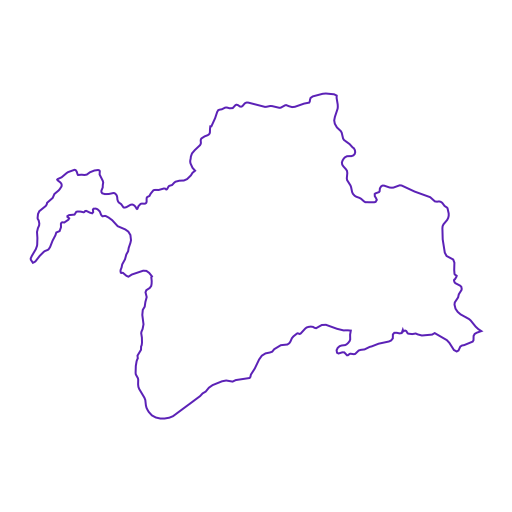 the Region of Gorno-Badakhshan
{"feature_id": "TJK-366", "entity_name": "Gorno-Badakhshan", "entity_type": "Region", "adm_level": 1, "iso_a3": "TJK", "parent_name": "Tajikistan", "parent_adm1": "", "projection": "albers", "projection_center": [72.466, 38.073], "detail": "fine", "context": "isolated", "style": "outline", "palette": "violet", "viewbox_px": 512, "rotation_deg": 0, "n_neighbors": 0, "source": "natural_earth", "source_scale": "10m", "svg_char_len": 6031}
<svg xmlns="http://www.w3.org/2000/svg" viewBox="0 0 512 512"><path d="M325.8,93.5L334.1,94.3L336.7,95.6L336.6,97.9L337.7,104.5L337.8,106.9L337.6,108.7L334.9,116.9L334.2,120.4L334.8,123.7L336.9,127.4L340.8,131.1L341.7,132.7L343.1,138.6L344.1,140.1L349.6,144.1L352.6,147.4L353.9,148.3L354.9,150.2L355.2,152.2L354.7,154.0L353.4,155.4L351.5,156.1L347.1,156.2L345.1,157.2L343.8,158.5L342.6,160.4L341.9,162.5L342.2,164.6L343.3,166.3L346.0,169.3L347.0,170.9L347.3,173.1L346.8,178.3L347.1,180.1L350.5,185.5L351.1,187.2L352.1,192.0L352.9,193.8L354.6,195.7L356.2,196.7L359.5,197.9L361.1,198.8L363.9,201.3L365.3,202.2L374.1,202.3L375.6,201.9L376.8,199.9L376.0,198.1L374.8,196.2L374.7,194.0L375.4,193.4L379.0,192.1L379.6,191.3L379.9,188.4L381.1,186.4L382.4,185.6L384.0,185.6L389.6,187.5L391.4,187.7L393.4,187.6L399.7,185.3L401.6,185.5L414.7,191.6L430.2,197.2L434.9,201.4L437.0,201.7L439.0,201.4L440.7,201.8L442.2,202.8L444.6,206.0L446.9,207.5L447.5,208.2L448.7,213.5L448.7,215.8L448.2,217.9L447.2,219.9L443.5,224.3L442.6,226.2L442.4,228.3L442.7,239.4L444.8,252.7L446.6,256.0L453.2,259.5L454.4,262.7L454.2,270.0L454.5,273.9L454.8,274.5L456.7,275.8L456.5,276.6L455.0,279.2L454.3,279.6L454.0,280.2L454.3,281.7L454.8,282.6L455.4,283.2L460.2,285.7L461.3,286.8L461.7,288.9L461.5,290.0L458.8,294.3L458.1,297.4L454.8,302.4L454.5,304.6L455.5,308.7L457.7,311.9L460.6,314.4L469.1,319.1L470.7,320.5L475.6,326.6L478.3,329.1L481.3,331.1L476.8,332.7L474.7,333.9L473.6,335.9L473.5,340.2L472.7,341.6L464.2,345.1L462.0,345.5L460.3,346.6L458.5,350.5L456.7,351.5L453.9,350.0L449.4,342.9L446.8,340.1L434.7,333.1L432.1,334.6L421.9,335.5L417.7,334.4L415.7,333.5L412.3,334.1L408.6,333.7L407.7,333.4L406.3,331.1L405.4,330.6L404.3,330.7L403.3,331.4L402.8,329.9L401.7,333.1L399.5,333.4L396.8,332.8L394.3,332.8L392.9,334.4L392.8,338.4L391.1,340.5L388.9,341.5L378.6,343.7L371.7,346.4L369.7,346.9L364.6,349.4L360.6,349.9L358.7,350.5L355.2,353.9L353.9,354.2L350.4,353.7L349.5,354.0L348.0,355.2L347.0,355.3L344.3,352.4L342.4,352.3L338.5,353.5L337.0,352.7L336.6,350.2L337.7,347.9L339.6,346.2L341.6,345.5L345.1,345.1L346.5,344.4L348.1,343.0L349.6,341.1L350.2,339.4L350.1,334.6L350.8,330.6L347.5,330.3L343.5,330.4L337.0,328.8L325.9,324.8L321.8,325.0L316.1,328.2L314.5,327.8L313.0,326.9L310.8,326.6L308.5,326.9L306.6,327.5L305.2,328.6L300.7,333.5L299.7,334.0L297.7,333.3L296.9,333.6L293.4,336.4L291.9,338.2L290.4,341.6L289.3,343.2L287.4,344.5L280.8,345.2L274.2,349.2L272.2,351.7L269.9,352.5L265.5,353.4L261.8,355.7L259.1,359.5L254.8,368.5L250.9,374.6L250.4,376.9L249.6,378.0L235.7,380.1L232.6,381.6L226.2,380.5L222.0,381.3L212.6,385.1L208.9,387.7L205.7,391.6L202.6,393.4L200.1,396.1L173.0,416.2L169.3,417.7L164.7,418.5L160.2,418.5L155.8,417.5L151.9,415.4L148.8,412.0L147.6,410.0L146.5,407.8L145.9,405.4L145.3,400.0L144.4,397.7L139.2,389.0L138.4,386.9L138.1,384.4L138.2,379.6L137.9,378.2L135.8,374.4L135.6,373.0L135.8,366.0L136.6,361.2L137.2,359.5L137.8,358.4L137.5,355.6L141.0,349.8L141.1,346.5L141.7,345.1L142.0,342.6L141.9,337.7L141.2,333.2L141.5,331.6L142.6,329.0L143.5,324.3L142.3,314.9L142.8,309.8L144.7,306.7L145.4,301.9L146.7,297.1L145.5,292.3L146.3,290.2L149.7,288.0L151.2,286.0L151.6,283.9L151.7,281.1L151.3,277.2L152.0,276.4L149.2,272.9L146.4,270.9L143.2,270.7L131.9,274.5L128.4,276.7L126.4,275.8L123.0,272.9L122.0,272.8L121.3,273.0L120.8,272.7L120.5,271.2L120.6,270.0L121.6,267.4L122.2,264.4L125.0,259.3L126.3,254.5L128.1,251.3L128.7,247.9L130.4,242.9L131.0,240.2L130.4,235.0L128.3,231.6L125.2,229.4L117.7,226.2L112.2,220.2L108.7,217.6L106.1,216.2L105.0,215.9L102.5,216.3L101.6,215.5L101.0,214.6L99.8,211.5L97.9,209.6L96.9,209.0L95.7,208.6L93.6,208.7L92.9,209.5L93.2,212.1L92.2,213.3L90.0,212.7L86.3,210.9L85.2,211.0L84.4,212.0L83.7,212.3L80.6,211.6L77.7,211.5L76.3,211.8L74.5,214.6L69.1,215.1L67.4,216.1L67.4,216.9L69.2,218.3L68.4,219.7L64.3,222.5L62.2,222.3L61.4,222.8L60.9,223.8L61.0,227.2L59.6,231.1L56.3,232.5L55.4,235.3L52.6,240.6L50.1,247.0L48.9,248.9L48.0,249.8L44.8,251.1L43.8,251.8L39.7,255.9L35.5,261.3L34.7,261.9L32.9,262.8L30.8,259.7L30.7,258.4L31.8,256.0L35.8,249.2L37.0,245.9L37.2,244.5L37.4,238.0L37.0,232.0L37.9,228.2L39.1,225.5L39.3,223.5L38.7,220.5L37.7,218.8L37.6,217.9L38.0,214.0L39.3,211.2L45.7,206.0L46.7,204.5L47.1,202.8L52.7,197.9L54.4,194.0L58.7,190.4L59.7,189.2L61.5,186.5L61.7,185.0L61.3,183.6L60.3,182.4L57.6,180.3L57.2,179.6L57.6,179.1L61.6,177.3L66.7,173.0L68.1,172.1L74.5,169.8L75.6,170.1L76.7,171.6L77.6,174.4L78.0,175.0L81.6,174.7L84.5,175.0L86.8,174.6L89.9,172.3L94.4,170.5L98.1,170.0L99.3,170.4L99.8,171.1L99.6,174.5L102.8,180.9L103.2,182.5L102.8,185.0L102.7,187.5L101.4,190.7L101.4,192.0L102.2,193.3L104.9,194.1L108.8,194.0L113.5,193.0L114.6,193.2L115.7,194.1L116.7,195.4L117.2,197.2L117.4,199.5L117.9,201.1L118.7,202.4L121.2,204.2L123.4,207.3L124.0,207.6L125.1,207.5L126.5,207.1L130.5,204.8L132.1,204.5L133.4,204.9L134.5,205.7L135.5,206.8L136.6,208.7L137.0,209.0L137.4,208.8L138.5,206.1L140.6,203.9L141.8,203.6L144.7,203.7L145.4,203.5L146.2,202.9L146.6,201.8L146.6,198.7L146.8,197.6L147.3,197.0L149.4,196.0L150.7,193.6L153.4,190.3L154.3,190.0L155.9,189.9L158.6,190.0L163.9,188.5L165.1,188.6L166.2,189.5L166.7,189.4L167.2,188.9L168.5,186.6L169.2,185.9L172.1,185.0L174.2,182.7L175.5,181.7L179.4,180.7L183.9,180.5L187.1,179.1L190.9,175.4L192.5,172.8L195.1,170.7L192.5,167.8L190.5,163.4L190.2,161.8L190.3,160.1L190.6,159.0L190.9,156.5L192.0,153.4L194.8,150.1L200.0,145.2L200.7,143.9L200.9,142.9L200.7,140.6L200.9,139.3L201.5,138.4L204.6,136.4L207.7,135.2L208.9,134.4L209.6,133.5L209.9,132.4L210.0,129.0L210.3,126.3L211.4,126.3L215.1,118.2L217.2,111.9L218.3,110.1L219.9,109.6L221.8,109.3L225.2,107.6L226.8,107.5L229.7,108.3L232.7,108.1L235.5,105.1L236.5,104.7L237.9,105.1L240.1,106.6L241.6,106.6L242.6,105.9L244.4,103.8L245.3,103.0L246.8,102.5L248.3,102.6L265.0,106.9L266.4,106.8L270.2,106.0L272.1,106.1L279.3,107.8L280.7,107.7L285.1,105.3L286.2,105.1L288.9,106.2L292.1,107.1L294.9,106.8L304.1,103.6L309.2,102.6L309.8,101.4L310.0,99.7L310.6,97.9L312.8,96.4L322.6,93.8L325.8,93.5Z" fill="none" stroke="#5b21b6" stroke-width="2"/></svg>